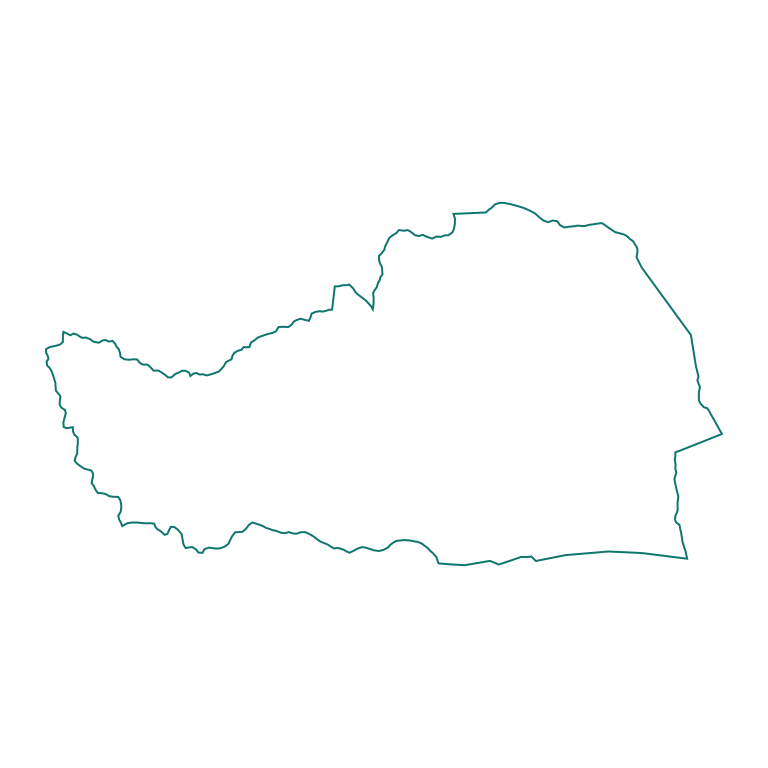 Ibitiara, Bahia, Brazil (orthographic projection)
{"feature_id": "56859067B85729192987981", "entity_name": "Ibitiara", "entity_type": "district", "adm_level": 2, "iso_a3": "BRA", "parent_name": "Brazil", "parent_adm1": "Bahia", "projection": "orthographic", "projection_center": [-42.366, -12.553], "detail": "fine", "context": "isolated", "style": "outline", "palette": "teal", "viewbox_px": 768, "rotation_deg": 0, "n_neighbors": 0, "source": "geoboundaries", "source_scale": "gbopen_adm2", "svg_char_len": 4901}
<svg xmlns="http://www.w3.org/2000/svg" viewBox="0 0 768 768"><path d="M677.3,492.4L676.5,489.3L675.2,483.5L674.4,478.8L676.3,472.7L675.3,468.5L675.6,465.4L675.3,462.4L674.7,459.4L675.4,456.2L675.4,452.3L679.3,450.9L721.9,434.0L715.8,423.0L714.4,420.4L710.8,414.2L708.9,410.4L707.0,408.1L703.8,407.2L700.8,403.9L698.9,400.5L698.8,396.3L698.9,392.7L699.9,386.8L698.6,383.7L697.4,380.3L698.5,376.6L697.3,371.7L696.0,366.5L695.2,361.7L690.9,334.9L685.6,327.8L680.3,320.5L641.7,267.5L636.5,257.2L637.5,251.4L637.1,247.7L635.0,244.4L633.3,241.4L629.9,238.9L626.8,236.0L623.8,234.4L619.4,233.2L615.1,232.1L611.6,229.8L608.4,227.6L605.0,225.1L601.9,223.1L596.2,223.8L591.9,224.5L588.3,225.0L585.5,225.9L582.6,226.1L578.0,225.6L573.5,226.3L569.0,226.7L564.4,227.5L560.1,225.2L557.1,221.1L552.5,220.6L548.0,222.2L543.2,220.4L539.9,217.8L534.8,213.3L529.3,210.4L523.8,208.0L518.1,206.2L513.9,205.1L510.0,204.0L503.9,202.9L499.8,202.8L494.9,204.4L491.6,207.8L489.1,209.5L485.9,212.5L453.5,213.9L455.0,218.9L454.8,224.1L453.8,229.4L452.3,232.5L448.4,235.2L444.6,235.4L441.1,236.8L436.3,236.6L432.1,238.6L426.6,236.7L422.5,234.8L419.0,236.0L415.2,235.3L412.7,233.3L410.1,231.3L407.5,230.1L404.0,230.8L399.0,230.0L396.4,233.0L392.8,235.2L389.4,237.8L387.3,242.1L385.2,246.2L384.3,249.8L381.8,253.1L378.9,256.0L379.3,261.3L380.5,264.3L381.9,267.0L382.2,270.6L382.5,274.4L380.4,277.0L379.6,280.3L378.0,282.8L376.8,287.2L374.5,290.4L373.1,293.2L373.6,297.5L373.6,303.5L372.8,309.3L371.2,306.5L369.0,303.9L365.6,300.3L361.5,297.2L357.8,294.4L355.3,291.9L353.3,288.5L349.3,284.6L346.5,285.2L343.0,285.2L338.7,286.3L334.8,286.4L332.1,309.6L328.6,309.8L325.9,310.9L322.3,311.6L319.4,311.2L315.6,311.9L311.7,313.5L310.5,317.4L308.9,320.8L305.7,320.1L300.4,318.7L296.6,320.1L293.8,321.6L291.6,324.6L288.4,327.0L283.2,326.8L278.6,327.0L275.9,331.4L271.7,333.2L268.2,333.8L264.8,335.0L261.0,336.3L257.6,337.7L254.5,340.3L251.0,342.5L249.5,347.0L246.4,347.3L243.5,347.1L241.6,349.7L237.8,350.8L234.3,352.9L232.6,355.4L231.5,359.3L226.1,362.0L223.6,366.4L221.1,369.3L218.9,371.5L215.7,372.7L211.9,374.1L206.9,375.4L203.1,374.3L199.4,374.5L196.5,373.0L193.5,373.6L190.4,376.0L189.1,372.7L185.6,370.8L182.0,370.8L179.2,372.4L175.4,374.0L171.3,377.4L168.0,377.4L165.2,375.0L162.1,372.8L158.5,370.6L153.6,370.6L150.5,367.3L147.7,364.7L142.6,364.5L139.6,362.7L137.2,359.5L133.0,359.3L129.3,359.8L124.4,359.3L120.6,356.9L119.9,352.7L118.8,349.3L116.7,346.8L115.3,344.1L112.6,340.9L108.8,341.6L105.5,340.0L102.5,340.5L98.9,342.7L93.4,341.7L90.4,339.3L85.9,337.5L82.4,337.9L79.5,336.4L76.8,334.5L73.3,333.6L70.3,335.3L66.7,333.4L63.4,331.9L62.9,336.2L62.9,341.9L60.3,344.4L56.6,345.6L49.7,347.1L46.1,349.1L46.1,352.6L47.8,356.0L48.4,359.0L46.5,361.8L47.2,365.5L50.0,368.4L51.6,371.3L52.9,374.8L54.0,378.3L55.4,382.9L55.6,387.0L55.9,390.6L57.9,393.0L60.4,396.2L59.8,400.9L59.7,404.8L61.4,407.7L65.0,409.9L65.8,413.1L64.5,418.0L63.4,422.1L63.6,426.9L66.5,428.2L72.8,427.2L73.1,431.6L74.5,434.9L77.7,437.6L77.9,442.8L77.4,446.3L77.3,450.8L77.1,454.0L75.7,456.6L74.6,460.7L77.1,463.7L81.5,466.9L84.3,468.7L88.1,469.7L91.4,470.6L92.9,473.4L93.1,476.6L92.2,479.7L91.7,483.1L94.0,486.4L95.7,490.0L97.9,493.1L101.5,493.1L105.3,493.9L109.4,496.2L113.5,496.8L118.2,496.9L120.3,500.2L121.1,504.0L121.3,507.4L120.7,511.7L118.3,515.8L119.1,519.5L120.9,522.6L122.2,526.1L127.7,523.1L132.7,522.5L137.4,522.5L140.5,522.9L144.8,523.3L150.0,523.2L154.2,523.7L155.3,526.6L157.0,528.9L159.7,530.5L162.3,532.6L164.7,534.9L167.5,533.8L169.2,529.9L170.9,526.8L174.2,527.0L177.9,529.7L181.7,534.3L182.6,539.6L183.5,544.5L185.7,548.1L188.7,547.4L192.5,547.1L196.0,549.4L198.5,552.6L202.5,552.8L204.6,549.0L209.2,547.6L213.0,548.2L216.9,548.6L220.5,548.2L224.3,546.8L228.3,544.0L230.2,540.0L232.1,536.4L234.9,532.4L238.2,532.1L242.4,531.8L245.9,528.9L249.1,524.7L252.5,522.5L256.6,523.8L260.1,525.0L262.9,526.1L266.1,527.9L269.1,528.8L273.0,530.3L276.3,530.9L280.8,532.7L284.7,533.2L288.8,532.1L293.2,533.5L296.7,533.7L301.0,532.2L305.1,532.1L309.9,534.3L313.4,536.4L316.7,538.9L320.3,541.6L323.9,543.0L327.7,544.5L330.8,546.7L334.2,548.5L337.1,547.9L340.8,548.7L343.8,549.8L346.3,551.3L349.5,552.7L353.9,550.6L357.5,548.6L362.0,547.1L365.5,547.6L369.0,548.7L374.1,550.3L378.7,551.0L383.2,550.0L387.7,547.7L390.7,544.5L393.9,542.2L396.6,540.8L399.7,540.6L403.7,540.1L407.9,540.3L412.0,540.8L414.8,541.5L417.8,541.9L421.6,543.5L425.1,546.1L427.9,548.3L430.1,550.7L433.1,553.4L436.3,557.0L437.5,560.5L438.6,563.4L451.1,564.4L464.6,565.2L490.0,560.9L493.9,562.5L498.9,564.5L505.6,562.3L521.3,556.9L526.9,557.1L531.4,556.5L535.8,561.0L565.6,555.1L584.8,553.5L608.3,551.5L612.8,551.7L639.0,552.9L643.9,553.3L687.1,558.7L685.5,551.0L684.4,548.1L683.4,544.6L682.3,541.0L681.9,537.9L681.3,533.6L680.2,528.7L679.4,524.7L676.4,522.7L675.0,520.0L675.5,515.3L676.9,512.6L677.7,509.7L677.5,503.2L678.3,496.6L677.3,492.4Z" fill="none" stroke="#0f766e" stroke-width="2"/></svg>